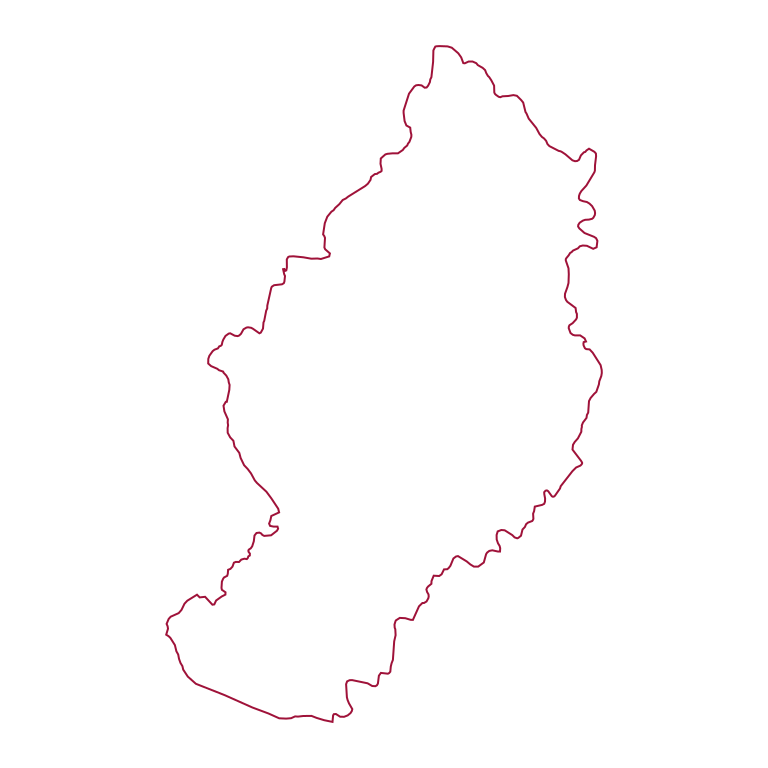 the district of Hermenegildo Galeana, Puebla, Mexico
{"feature_id": "50627088B54036543797475", "entity_name": "Hermenegildo Galeana", "entity_type": "district", "adm_level": 2, "iso_a3": "MEX", "parent_name": "Mexico", "parent_adm1": "Puebla", "projection": "natural_earth1", "projection_center": [-97.731, 20.119], "detail": "fine", "context": "isolated", "style": "outline", "palette": "rose", "viewbox_px": 768, "rotation_deg": 0, "n_neighbors": 0, "source": "geoboundaries", "source_scale": "gbopen_adm2", "svg_char_len": 6084}
<svg xmlns="http://www.w3.org/2000/svg" viewBox="0 0 768 768"><path d="M333.1,715.4L333.8,714.2L335.9,714.0L340.1,716.7L344.1,716.8L347.7,715.4L350.5,713.1L351.8,711.1L352.3,709.1L349.0,703.4L347.6,700.0L346.9,697.3L346.1,684.2L347.1,681.4L349.6,680.2L352.1,680.1L367.6,683.3L372.2,686.0L375.4,686.2L376.9,685.3L377.9,683.6L378.9,675.7L380.9,672.9L387.9,673.7L389.1,673.1L390.3,671.7L390.8,666.5L391.6,663.2L392.9,659.9L394.2,641.3L395.6,635.2L395.3,629.2L394.7,627.7L394.5,624.5L395.5,621.2L395.9,620.4L399.8,617.9L405.3,618.2L410.6,619.8L412.9,619.9L419.0,606.3L422.4,603.0L424.0,603.0L426.5,601.5L428.3,598.3L428.7,596.5L428.5,594.4L427.1,592.0L426.4,589.5L426.9,588.1L428.0,586.6L431.4,583.8L431.5,581.1L433.7,575.7L439.2,576.0L441.6,574.3L444.0,569.4L447.3,569.2L448.7,568.0L450.4,565.8L453.4,558.5L456.0,556.5L458.0,556.1L466.7,561.4L470.3,564.4L473.9,566.6L478.2,566.6L483.8,562.5L486.1,554.2L487.1,552.6L489.3,550.9L492.3,550.3L497.8,551.5L500.0,551.5L500.2,548.2L499.6,545.9L498.0,543.3L496.7,539.5L496.6,535.0L497.7,531.4L501.3,530.0L504.7,530.3L512.3,535.1L514.6,537.4L517.2,538.3L518.3,537.9L521.0,535.7L522.5,529.5L524.9,527.0L526.1,524.2L528.0,522.6L532.2,521.0L532.7,520.4L533.4,518.9L533.1,513.7L534.1,511.1L534.8,506.6L542.1,504.9L544.2,503.8L545.0,501.6L545.1,498.5L544.3,494.2L544.2,492.2L545.5,490.7L546.9,490.4L548.2,491.2L551.8,496.2L552.6,496.7L553.7,496.7L554.9,495.8L560.0,488.5L560.7,486.2L572.4,471.2L576.1,467.5L580.4,465.6L581.4,464.6L582.1,463.6L582.1,462.6L581.1,460.9L572.5,449.6L573.0,444.8L574.7,442.0L577.9,438.4L581.3,431.8L581.4,428.9L581.9,426.9L581.8,425.4L583.0,422.5L586.5,417.9L586.9,415.0L588.2,412.6L589.0,401.1L590.6,398.0L594.1,393.9L596.3,391.9L598.9,384.4L599.3,381.3L601.3,376.0L601.8,373.0L601.7,370.0L600.6,365.1L592.7,352.7L589.6,349.4L586.2,349.1L584.9,348.2L583.6,345.4L583.4,343.7L583.7,342.1L586.0,341.5L584.6,338.4L580.2,335.4L574.9,335.4L572.8,334.8L570.5,333.0L568.7,328.1L568.9,326.4L569.5,325.2L572.6,323.2L576.1,319.4L576.9,317.7L576.9,313.9L576.1,312.1L575.6,308.0L567.3,301.8L566.0,300.0L564.9,297.0L565.0,293.8L567.4,287.1L568.5,283.0L568.8,274.2L568.5,268.3L565.8,260.5L565.8,259.1L566.3,258.2L568.7,255.3L570.1,253.0L571.6,252.1L573.0,250.6L578.0,248.3L579.8,246.3L582.8,245.5L586.9,245.8L593.2,248.8L596.6,247.3L597.4,240.9L596.1,238.2L594.0,236.8L584.5,233.0L579.3,228.4L578.1,226.5L578.3,224.8L579.7,222.7L582.9,220.6L585.2,219.8L588.9,219.6L592.1,218.8L593.3,217.8L594.8,215.1L595.1,213.1L594.7,210.6L592.1,206.1L589.5,203.6L586.9,202.0L583.1,201.2L579.9,200.0L578.9,198.5L579.0,196.0L579.8,193.6L581.4,191.0L586.4,185.5L594.4,172.2L594.9,170.6L595.0,165.3L596.1,156.2L595.9,153.5L594.4,151.8L589.0,148.7L586.4,150.5L585.3,151.9L583.9,152.3L580.9,155.4L579.0,159.8L577.1,161.0L575.0,161.2L572.4,160.3L565.4,154.3L562.1,152.1L560.6,151.3L558.7,150.9L549.4,146.1L547.5,144.1L546.1,140.8L544.0,138.4L541.9,136.9L539.5,134.0L536.2,127.9L528.7,118.6L526.5,113.5L525.5,112.0L523.2,102.6L521.1,100.0L516.9,95.8L513.4,95.1L508.2,96.0L502.5,96.3L500.3,97.2L498.7,96.8L496.0,94.9L494.9,93.8L494.3,92.5L494.1,85.6L491.3,80.3L489.2,77.1L487.9,75.9L486.3,73.2L485.1,70.1L482.7,67.9L477.8,65.1L476.3,63.2L472.5,61.5L468.7,61.5L464.8,63.3L463.3,63.1L461.2,57.4L458.3,53.3L451.8,47.7L447.6,46.4L439.5,46.1L436.3,46.3L435.3,46.6L434.2,48.7L433.4,50.4L433.1,61.9L431.4,77.2L430.3,79.4L429.9,82.1L428.1,85.7L426.6,87.5L424.7,87.7L421.6,85.4L418.5,85.0L416.1,85.3L414.3,86.5L409.0,93.7L403.6,110.6L403.6,112.9L404.6,121.1L406.4,125.5L410.2,127.6L410.7,132.0L411.4,134.8L411.3,136.9L409.4,141.9L408.0,143.6L407.2,145.5L404.3,147.9L402.8,150.0L398.0,153.3L392.8,153.3L387.5,153.8L385.4,154.4L383.1,156.4L380.8,158.5L380.5,163.8L381.6,168.9L381.6,170.9L380.6,171.8L378.4,172.7L377.1,173.8L374.8,174.1L371.1,177.0L370.5,179.9L367.9,183.7L365.2,186.0L348.2,196.6L345.8,198.5L342.7,200.0L339.3,204.2L335.2,207.9L333.6,210.2L331.4,211.7L327.3,216.7L324.8,223.2L323.1,234.4L324.3,236.1L325.0,237.9L324.4,247.5L325.2,249.3L329.9,253.4L329.2,256.4L320.9,259.0L317.5,258.5L311.3,258.7L303.4,257.3L293.5,256.3L289.3,256.5L288.1,257.1L286.8,259.4L286.9,267.4L286.3,270.4L285.3,270.8L284.3,269.0L283.1,269.2L284.2,274.2L285.0,276.0L284.4,281.6L283.8,283.2L282.0,284.3L274.1,285.2L271.8,286.7L271.2,288.1L267.3,305.6L267.2,308.5L266.2,310.6L264.2,320.9L263.5,322.4L263.0,328.6L260.8,332.6L259.4,333.3L253.0,328.8L251.2,327.8L248.0,327.3L246.4,327.6L243.5,329.3L241.0,333.8L239.2,335.5L237.7,336.1L234.7,335.7L230.2,333.3L228.7,333.6L225.5,335.9L223.3,339.6L222.4,341.9L221.8,344.8L220.7,345.9L219.3,346.3L217.9,348.4L214.5,349.7L212.7,351.1L209.4,355.7L208.3,358.9L208.2,363.5L211.1,366.1L217.3,368.8L219.0,370.2L223.2,371.6L223.4,372.5L226.3,375.6L228.3,379.3L228.8,382.5L229.6,384.9L229.3,389.9L226.8,401.8L225.8,401.8L223.5,405.7L224.4,411.4L227.9,419.3L227.7,422.7L228.1,425.2L227.6,428.1L227.7,432.8L230.2,437.4L233.4,440.8L234.5,446.5L239.3,452.9L240.6,457.9L244.1,465.2L247.7,469.0L251.0,473.4L254.8,480.4L256.9,482.9L266.4,491.7L271.3,498.3L278.2,508.7L279.1,512.4L271.3,516.0L270.4,520.2L269.1,523.6L270.1,525.9L273.6,526.6L277.5,526.6L278.1,528.7L277.0,530.7L271.1,535.3L264.2,535.9L262.3,534.9L261.2,533.5L259.4,532.6L256.5,533.0L254.5,535.5L253.8,541.3L252.2,546.3L250.7,548.4L249.2,549.3L248.4,550.3L248.5,551.7L249.9,553.6L249.8,555.5L248.3,556.4L247.8,558.0L246.8,559.1L244.4,558.7L241.3,559.6L239.0,562.0L235.8,561.9L233.9,562.7L232.5,566.6L230.4,568.9L228.1,569.8L227.8,573.7L227.2,575.8L224.0,577.5L223.1,578.8L221.9,581.6L221.5,587.9L221.9,589.8L225.5,592.3L225.4,594.6L221.7,596.5L216.1,600.5L214.3,604.4L212.4,604.7L205.1,596.8L199.7,597.4L197.0,594.7L187.3,600.7L184.5,603.7L181.5,609.9L178.7,613.1L170.7,616.7L168.7,618.9L166.6,623.9L167.6,626.2L168.0,628.7L166.2,634.7L168.6,636.2L170.3,637.8L174.9,645.1L176.4,651.3L178.2,654.5L179.0,658.8L180.5,663.0L182.4,666.1L183.2,669.6L187.8,676.6L195.9,683.8L224.8,695.2L252.4,707.5L268.5,713.5L279.2,718.3L286.2,718.6L291.1,718.2L295.1,716.4L298.0,716.6L303.2,716.0L311.5,715.9L316.6,717.9L324.2,720.2L332.5,721.9L333.1,715.4Z" fill="none" stroke="#9f1239" stroke-width="2"/></svg>